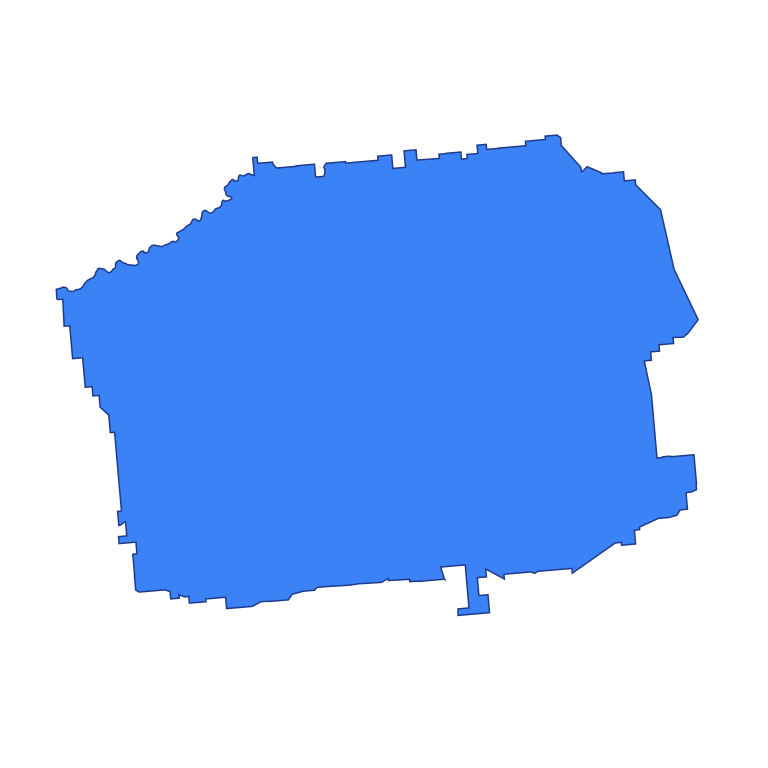 outline of Cuballing, Western Australia, Australia, rotated 355°
{"feature_id": "25037944B92991223821328", "entity_name": "Cuballing", "entity_type": "district", "adm_level": 2, "iso_a3": "AUS", "parent_name": "Australia", "parent_adm1": "Western Australia", "projection": "mercator", "projection_center": [117.035, -32.74], "detail": "fine", "context": "isolated", "style": "filled", "palette": "blue", "viewbox_px": 768, "rotation_deg": 355, "n_neighbors": 0, "source": "geoboundaries", "source_scale": "gbopen_adm2", "svg_char_len": 6071}
<svg xmlns="http://www.w3.org/2000/svg" viewBox="0 0 768 768"><g transform="rotate(355 384 384)"><path d="M111.4,408.6L111.4,487.7L107.5,487.7L107.5,501.8L109.7,501.4L113.2,499.0L114.5,499.0L114.5,512.9L106.2,512.9L106.2,519.9L123.1,519.9L123.1,531.7L118.9,531.7L118.9,552.9L118.7,552.9L118.7,567.7L121.9,569.9L128.1,569.9L128.6,570.1L129.5,569.9L147.4,570.0L148.8,570.4L152.8,572.2L152.8,579.5L161.4,579.5L161.4,576.2L166.7,578.7L171.0,578.6L171.0,585.3L187.7,585.4L187.7,582.6L207.6,582.6L207.6,594.0L233.4,594.1L242.4,590.2L246.3,590.2L251.3,590.6L269.9,590.7L274.2,585.4L285.7,583.4L296.9,583.4L299.5,580.9L299.8,580.8L309.8,580.8L332.0,581.4L341.0,580.8L364.4,581.4L371.2,577.9L371.2,580.2L392.4,580.8L392.3,583.1L399.7,583.3L401.3,583.7L427.1,583.7L427.5,584.0L427.0,582.7L424.5,571.3L449.2,571.3L449.1,614.5L438.1,614.5L437.6,621.0L469.2,621.0L469.2,603.0L460.1,603.0L460.1,585.1L469.2,585.1L469.2,577.1L486.9,588.8L486.9,584.0L513.8,584.0L517.8,585.8L520.8,584.0L555.1,584.1L555.1,588.9L600.5,562.5L606.6,562.5L606.6,565.3L620.7,565.3L620.7,551.4L626.0,551.4L626.0,548.8L645.5,541.8L656.8,541.8L664.4,540.2L667.9,535.4L668.3,535.2L675.4,535.2L675.4,518.8L677.1,518.4L680.8,518.4L686.1,516.4L686.1,512.3L686.4,511.1L686.6,510.9L686.6,481.5L663.4,481.5L663.4,481.1L662.2,480.8L656.2,480.8L655.0,481.0L655.0,481.5L649.5,481.6L649.5,418.2L645.3,383.6L652.4,383.7L652.5,375.2L661.3,375.3L661.3,368.9L676.0,368.9L676.0,362.8L686.2,363.5L691.3,359.9L702.4,347.5L702.5,347.1L683.0,295.2L674.7,234.5L652.1,207.5L652.1,202.6L641.1,202.6L641.1,193.5L632.2,193.5L632.1,193.8L619.0,193.5L619.0,192.5L605.3,185.2L599.7,190.0L599.0,189.6L599.0,185.3L581.4,161.8L581.4,153.9L577.9,151.0L577.6,151.1L566.1,151.1L566.1,154.5L546.1,154.5L546.1,159.0L519.0,159.0L519.2,159.3L506.7,159.2L506.7,154.2L497.5,154.2L497.5,162.6L486.6,162.5L486.6,166.7L480.7,166.7L480.7,159.6L466.2,159.6L466.2,159.9L458.8,159.9L458.8,164.1L436.3,163.8L436.3,153.5L424.3,153.5L424.3,170.0L411.6,170.0L411.6,156.5L397.6,156.5L397.6,160.6L365.0,160.6L365.0,159.1L346.2,159.1L345.9,158.9L345.9,159.3L345.8,159.5L345.2,160.0L344.5,160.4L343.9,160.9L343.4,161.9L343.2,162.6L343.0,163.0L343.1,163.6L343.3,163.8L343.7,164.5L343.9,164.7L343.5,166.3L343.5,166.8L343.7,167.3L343.7,168.2L343.7,168.6L343.5,168.8L343.3,169.2L342.5,170.9L342.3,171.5L342.2,171.9L333.9,171.9L333.9,159.0L315.6,159.0L315.6,159.5L296.0,159.5L294.1,157.5L293.4,156.5L292.8,155.3L292.4,154.2L292.1,153.2L291.0,153.2L277.4,153.2L277.4,147.0L273.0,147.0L273.0,164.3L272.9,165.1L271.7,164.4L270.5,164.1L269.3,163.6L268.9,163.0L268.8,162.9L267.6,162.6L266.9,162.6L266.0,162.9L264.8,163.4L262.9,164.4L262.3,164.5L261.4,164.4L260.0,163.7L258.7,163.3L258.3,163.4L257.9,163.6L257.5,164.3L256.7,166.4L256.4,168.4L256.2,168.7L255.8,168.9L255.5,169.0L253.7,168.8L252.7,169.2L252.4,168.8L252.5,168.2L252.3,167.9L252.0,167.5L251.3,167.2L250.7,167.1L250.2,167.4L249.8,167.9L249.0,168.3L247.4,169.8L246.6,171.0L246.5,171.3L246.2,171.9L243.0,173.7L242.4,174.3L242.2,174.9L242.0,175.6L242.1,176.4L242.6,177.4L242.6,178.0L243.1,179.4L242.9,180.5L243.0,180.9L243.3,181.5L244.5,183.1L245.1,183.5L248.0,184.3L248.5,184.6L248.6,184.8L248.6,185.1L248.5,185.6L248.3,186.0L247.6,186.4L246.9,187.0L245.8,187.2L244.1,187.9L241.5,188.0L240.3,187.0L240.0,187.0L239.5,187.3L238.5,188.2L238.2,188.9L238.0,189.3L238.1,190.5L237.8,191.7L235.8,193.7L235.4,194.0L231.7,194.7L231.3,194.9L228.5,198.0L228.0,198.3L226.5,198.6L225.8,198.6L225.1,198.4L224.6,198.2L224.1,197.8L223.2,196.8L222.3,196.2L221.5,195.7L220.8,195.6L219.8,195.6L218.5,196.4L218.0,197.1L217.7,198.0L217.3,200.1L217.0,201.1L216.5,202.0L216.3,203.3L215.4,204.8L214.8,205.3L213.9,205.4L213.1,205.2L212.5,204.9L210.7,203.4L210.0,203.2L209.2,203.2L208.2,203.3L207.7,203.8L205.5,207.2L205.1,207.6L204.2,208.2L201.8,209.2L200.9,209.8L197.5,212.6L196.1,213.3L193.7,214.2L193.0,214.7L191.0,215.5L190.7,215.7L190.5,216.4L190.5,216.8L190.8,217.5L192.2,220.7L192.2,221.1L191.9,221.8L191.5,222.2L190.0,223.7L189.3,224.2L188.6,224.4L188.3,224.4L187.9,224.2L187.4,223.7L186.1,223.6L185.5,223.6L184.3,224.1L182.5,225.2L181.3,225.7L178.1,226.4L175.9,227.4L174.3,227.8L173.6,227.5L172.9,227.3L171.4,226.7L170.2,226.8L169.8,226.8L169.2,226.3L168.5,226.0L166.9,225.6L165.7,225.7L164.4,226.1L163.2,227.2L162.3,227.8L161.9,228.5L161.4,230.5L161.1,231.2L160.8,231.7L160.3,232.2L159.6,232.3L158.9,232.5L157.2,232.6L156.4,232.4L156.1,232.2L156.3,231.5L156.4,231.3L155.9,230.7L155.3,230.6L154.1,230.7L153.6,230.7L153.1,231.0L151.8,232.2L149.7,233.8L148.9,235.0L148.6,235.9L148.6,237.4L148.8,237.9L149.1,238.5L149.6,238.9L149.7,239.2L150.0,240.2L149.9,240.7L150.1,241.5L150.0,241.9L149.7,242.7L149.5,243.0L147.6,244.1L145.0,244.1L143.4,243.5L142.4,243.5L141.1,243.3L140.6,243.1L140.2,242.9L139.0,242.8L138.6,242.7L137.4,241.4L137.0,241.2L135.9,241.1L135.4,240.9L135.1,240.7L134.3,240.1L133.4,239.6L132.4,238.4L132.0,238.0L131.4,237.7L130.5,237.8L129.1,238.8L128.3,239.1L127.6,239.6L127.4,240.0L126.9,241.6L126.8,242.2L127.1,243.0L127.0,243.5L126.8,244.2L126.5,244.8L125.5,245.5L124.5,245.7L124.2,246.0L123.8,246.2L123.4,246.7L123.1,247.0L122.7,247.6L121.9,248.3L121.2,248.8L120.3,249.1L119.9,249.1L119.6,248.9L118.5,248.6L116.2,246.3L115.7,245.6L114.8,245.0L113.3,244.6L111.3,244.3L110.9,244.2L110.6,244.0L109.7,243.9L109.2,244.2L108.8,244.9L108.3,245.5L108.3,245.8L107.0,247.1L106.6,247.7L106.5,248.4L106.2,249.1L105.4,250.4L104.2,251.9L102.8,253.0L101.2,253.5L99.8,253.8L99.3,254.2L98.0,254.8L97.3,255.2L95.0,257.3L93.4,259.4L93.0,260.1L89.9,262.8L89.5,262.7L88.4,263.2L86.7,263.3L86.0,263.2L85.0,263.4L84.9,263.5L83.7,264.2L81.8,264.8L81.4,264.8L80.9,264.7L80.6,264.4L78.7,264.1L78.1,263.8L77.7,263.6L77.5,263.4L76.7,261.8L76.5,261.3L75.8,260.3L73.9,259.8L72.8,259.6L71.2,259.9L70.9,260.2L70.3,260.4L68.8,260.5L68.5,260.7L67.9,261.1L67.5,261.0L66.9,260.9L66.7,261.0L66.2,260.9L65.7,261.3L65.8,261.8L65.5,270.6L66.2,271.4L71.4,271.6L70.4,298.5L76.0,298.7L76.0,331.6L86.1,331.6L86.1,361.2L93.0,361.2L93.0,370.5L99.2,370.5L99.2,382.4L107.1,391.0L107.1,408.6L111.4,408.6Z" fill="#3b82f6" stroke="#1e3a8a" stroke-width="1.5"/></g></svg>